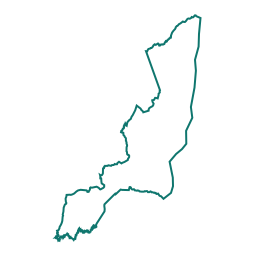 the district of Ahafo Ano South West, Ashanti, Ghana
{"feature_id": "2480657B58897854519282", "entity_name": "Ahafo Ano South West", "entity_type": "district", "adm_level": 2, "iso_a3": "GHA", "parent_name": "Ghana", "parent_adm1": "Ashanti", "projection": "equal_earth", "projection_center": [-2.174, 6.894], "detail": "fine", "context": "isolated", "style": "outline", "palette": "teal", "viewbox_px": 256, "rotation_deg": 0, "n_neighbors": 0, "source": "geoboundaries", "source_scale": "gbopen_adm2", "svg_char_len": 5744}
<svg xmlns="http://www.w3.org/2000/svg" viewBox="0 0 256 256"><path d="M146.0,51.2L160.0,90.3L159.6,90.9L159.8,92.4L159.4,92.9L158.6,93.7L158.6,94.9L157.7,98.4L156.0,97.9L155.1,97.9L154.1,99.8L152.2,100.3L152.6,102.0L153.6,103.6L153.2,105.2L152.5,106.2L150.6,107.2L149.3,108.1L148.6,109.5L148.6,110.7L143.3,112.3L143.1,111.7L142.3,110.7L141.5,110.2L140.6,108.6L136.7,105.6L135.2,110.3L132.7,115.2L131.6,116.7L130.8,118.9L129.0,120.3L128.7,120.8L128.0,121.4L127.3,122.5L126.7,125.5L126.3,125.1L126.0,125.5L125.7,125.3L126.1,124.6L125.4,123.5L125.3,123.9L124.9,124.0L124.5,124.4L124.5,124.9L124.2,125.0L124.1,124.8L124.2,125.8L124.0,126.2L123.8,126.3L123.8,126.6L124.0,127.2L124.0,127.9L123.6,128.5L122.8,128.6L122.7,129.4L122.0,130.2L122.1,130.6L121.3,130.9L121.0,132.2L121.6,132.5L123.3,132.8L123.5,135.1L124.4,135.9L124.8,137.0L125.6,137.8L125.9,138.4L125.9,140.8L126.2,141.1L126.3,141.8L126.6,142.8L126.5,143.6L127.1,145.1L127.0,146.2L126.6,147.0L126.5,151.3L126.9,151.8L127.2,154.3L127.7,154.8L128.6,154.9L129.2,155.8L129.1,157.2L128.0,158.8L127.8,160.0L124.4,162.0L122.3,162.8L121.5,163.4L119.0,161.8L117.4,163.1L117.0,164.2L115.4,164.3L114.7,164.0L114.2,164.6L113.6,165.0L111.9,165.1L111.1,165.8L108.3,165.3L107.6,165.9L105.6,165.9L104.5,166.4L104.4,166.9L104.1,166.9L103.9,167.3L103.9,168.1L103.6,168.1L103.6,167.7L103.0,168.6L102.9,173.2L102.7,173.9L101.9,175.1L100.6,175.3L100.0,174.9L100.3,176.1L100.3,178.3L101.1,178.3L101.2,178.5L101.4,181.6L101.7,183.4L104.2,185.1L104.2,186.8L103.4,187.8L100.5,189.4L100.0,189.3L99.0,188.1L98.0,187.4L96.6,186.7L91.9,187.7L90.6,187.4L90.1,187.8L89.9,189.4L89.4,190.5L89.0,190.9L88.7,191.8L88.4,191.9L87.4,191.9L87.0,190.8L86.6,190.4L80.7,189.8L78.1,190.4L76.4,191.5L74.2,193.5L72.4,194.4L70.8,194.9L70.0,194.7L66.6,194.9L66.3,196.8L65.7,198.2L65.6,199.0L65.9,202.0L66.3,202.8L66.3,203.3L66.2,203.7L64.9,204.5L63.7,207.6L63.4,211.7L62.7,214.7L63.1,215.7L62.7,216.4L62.3,220.9L61.8,222.7L61.0,224.6L59.6,227.0L59.4,228.5L59.0,229.1L58.7,229.9L58.1,230.4L57.1,230.7L57.6,231.8L57.2,232.2L57.0,233.2L57.1,233.4L57.4,232.7L57.8,232.8L57.5,234.1L57.8,234.1L58.6,235.4L58.4,236.0L57.9,236.4L57.1,236.1L57.0,236.3L57.2,236.5L56.7,236.7L56.5,236.2L56.0,236.3L55.8,237.0L55.5,237.3L56.6,237.1L56.7,237.4L56.3,238.3L56.7,238.4L57.3,238.1L57.6,238.3L57.8,239.1L58.2,239.0L58.1,239.8L58.3,240.6L58.7,240.3L59.3,240.6L59.3,239.8L59.1,239.7L59.0,239.3L59.4,238.9L59.7,239.0L59.6,238.6L59.8,238.1L60.1,237.8L60.0,237.4L60.6,236.5L62.3,236.4L61.9,237.1L62.0,237.4L62.2,237.1L62.6,237.2L63.0,236.7L63.0,236.4L63.6,235.7L63.7,235.9L63.6,236.0L63.6,237.4L63.9,237.0L64.2,237.1L64.5,236.9L64.0,236.2L64.5,235.8L64.4,235.4L64.8,235.1L65.5,235.4L66.0,235.0L66.4,234.4L66.7,234.2L67.3,234.6L67.2,234.1L67.7,234.1L67.7,233.8L68.1,234.1L67.8,234.9L68.3,235.0L68.7,235.7L68.4,235.9L68.3,236.7L68.5,236.4L68.9,236.7L69.1,236.2L69.3,236.2L69.5,236.7L69.8,236.8L69.7,238.2L70.4,238.2L70.5,237.9L70.4,237.5L70.7,237.2L71.0,238.0L71.5,238.0L71.7,238.3L72.4,238.5L73.2,239.3L73.5,239.2L73.4,239.6L73.7,240.0L74.2,239.1L75.0,238.8L75.3,238.9L75.4,238.4L75.2,237.8L75.5,237.6L75.4,237.4L75.5,237.2L76.1,237.3L75.3,236.9L75.3,236.6L75.7,235.8L75.7,234.9L76.0,234.7L76.5,235.1L76.6,234.8L76.9,233.1L77.5,232.8L78.0,232.8L78.2,231.7L77.9,231.4L78.1,231.1L78.0,230.4L78.3,230.0L78.6,230.3L78.7,229.9L79.0,229.8L79.2,229.3L78.9,228.6L79.2,228.3L79.3,228.9L79.7,229.2L80.1,229.1L80.0,229.4L80.2,229.7L80.5,231.3L81.2,230.9L81.3,230.6L81.6,230.6L81.7,230.1L82.1,230.2L81.9,231.3L82.3,231.9L82.7,230.9L83.1,231.0L83.3,231.4L83.1,231.8L82.8,232.0L83.0,232.6L83.4,232.7L83.5,231.9L83.9,232.0L84.4,231.4L84.6,231.7L84.7,231.4L84.9,231.7L85.3,231.7L85.3,231.1L85.5,231.0L86.0,231.5L86.6,230.7L87.1,231.3L87.8,230.5L88.0,230.7L88.5,231.8L88.4,232.5L89.1,232.7L89.4,232.6L89.2,232.0L90.1,231.9L90.3,231.5L90.6,231.5L90.8,230.7L90.7,230.0L91.1,229.8L91.3,229.1L91.5,229.5L91.7,229.4L92.1,229.6L92.2,229.3L92.7,229.0L92.8,228.8L92.5,228.3L92.7,228.2L92.1,227.4L93.6,225.2L94.1,225.4L94.2,226.7L94.6,227.1L94.4,227.7L95.8,227.3L96.4,226.8L96.0,225.0L96.7,223.5L104.5,211.4L104.7,209.0L104.3,205.9L104.4,204.6L104.6,204.2L113.8,195.0L115.2,193.7L115.6,194.3L120.6,189.6L122.1,189.9L128.8,190.1L129.6,187.1L130.1,187.0L130.7,187.4L130.4,187.8L130.7,187.8L130.7,188.0L132.0,189.4L132.7,189.5L133.9,189.2L134.9,190.4L135.5,190.3L136.2,190.6L137.1,190.7L137.7,190.4L139.0,190.8L139.5,191.4L141.9,191.7L143.9,191.7L144.7,191.2L145.3,191.4L146.2,191.1L147.0,191.1L147.3,191.2L147.9,192.1L149.4,192.1L150.4,191.4L150.8,191.5L151.6,192.3L152.5,192.2L154.0,192.8L154.7,192.6L155.2,193.1L155.8,193.0L156.4,193.9L156.8,194.0L158.1,193.6L159.4,195.6L160.1,196.0L161.0,196.2L163.5,198.8L171.0,192.9L173.0,186.2L172.8,177.6L169.6,161.7L176.1,154.0L182.0,149.1L186.3,143.8L186.1,130.8L192.3,117.8L190.9,107.0L194.5,87.6L195.9,70.7L195.0,59.8L198.6,46.6L199.0,33.9L200.5,18.0L196.3,16.2L195.7,15.4L194.8,15.4L193.3,17.2L192.8,17.4L191.7,17.0L191.3,17.8L189.8,18.7L188.3,18.5L187.4,19.0L185.8,21.2L184.9,22.0L183.7,21.9L182.9,21.5L180.3,23.5L178.9,24.2L178.1,25.2L177.4,25.9L176.8,26.0L175.7,27.3L175.6,28.0L175.1,29.0L173.5,30.7L172.1,32.6L171.0,35.6L171.0,37.0L170.8,37.6L170.5,37.5L170.3,37.7L170.2,37.6L169.6,38.4L169.3,38.4L168.9,39.1L168.2,39.4L168.1,39.8L167.1,40.4L166.8,40.8L166.7,41.1L166.8,41.4L166.1,41.6L165.8,41.4L165.7,42.0L165.3,42.0L164.9,42.3L164.9,42.7L164.4,43.4L164.3,44.0L163.2,44.5L162.8,44.3L162.3,44.6L161.3,44.4L159.9,45.6L159.7,45.6L159.8,45.3L159.4,45.2L159.5,44.7L158.8,44.7L158.7,44.2L158.0,43.5L155.9,44.8L155.7,44.5L155.1,44.5L154.4,44.8L154.3,44.6L153.3,45.5L153.1,46.2L152.7,46.6L152.7,46.8L151.9,47.7L151.5,48.0L150.6,48.0L150.2,48.5L148.4,49.0L147.7,50.1L147.2,51.3L146.0,51.2Z" fill="none" stroke="#0f766e" stroke-width="2"/></svg>